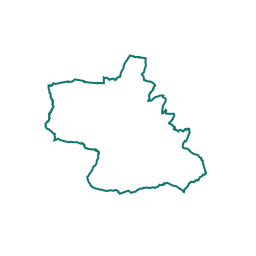 the district of Slatioara, Vâlcea, Romania, rotated 30°
{"feature_id": "2599482B39717534471231", "entity_name": "Slatioara", "entity_type": "district", "adm_level": 2, "iso_a3": "ROU", "parent_name": "Romania", "parent_adm1": "Vâlcea", "projection": "equal_earth", "projection_center": [23.883, 45.127], "detail": "fine", "context": "isolated", "style": "outline", "palette": "teal", "viewbox_px": 256, "rotation_deg": 30, "n_neighbors": 0, "source": "geoboundaries", "source_scale": "gbopen_adm2", "svg_char_len": 5834}
<svg xmlns="http://www.w3.org/2000/svg" viewBox="0 0 256 256"><g transform="rotate(30 128 128)"><path d="M123.8,196.0L124.8,196.4L125.2,196.9L126.2,196.8L127.1,197.2L128.1,196.8L130.7,196.5L132.4,195.8L134.5,195.5L135.4,194.8L138.1,194.2L141.0,193.2L142.3,192.4L143.0,191.4L144.1,190.6L146.7,189.7L148.0,188.4L148.2,187.8L150.7,187.5L151.8,188.0L151.9,188.6L153.9,188.9L154.5,187.9L155.6,187.1L156.7,185.4L158.1,184.1L158.8,182.9L159.6,182.1L160.2,182.0L162.2,182.6L163.3,182.4L163.7,182.2L164.6,180.7L166.5,179.3L166.5,178.9L166.8,177.4L167.9,176.2L168.4,175.1L169.2,174.1L170.7,173.4L171.0,172.9L171.0,172.6L171.3,172.0L172.2,171.6L173.5,170.4L174.2,170.3L175.5,169.5L177.3,169.1L177.6,168.2L178.0,168.0L178.5,167.5L180.2,166.4L180.6,166.6L181.4,166.4L182.3,164.6L183.6,163.6L183.5,162.1L183.8,161.3L184.4,161.3L185.8,160.5L186.2,160.1L186.5,159.2L186.6,159.7L187.0,159.7L187.6,158.1L189.4,155.8L194.8,155.5L196.9,155.1L198.6,154.4L199.7,154.4L202.1,154.5L203.5,154.9L203.8,154.7L205.0,154.5L207.2,155.1L208.2,155.6L208.5,155.6L207.7,153.0L208.8,148.9L208.8,147.3L208.6,146.3L208.7,145.0L209.3,144.3L209.1,143.3L209.8,143.1L210.9,142.3L212.1,141.9L212.1,141.3L212.4,140.9L212.8,140.6L212.7,140.0L212.9,139.6L213.4,138.6L214.7,138.6L215.1,136.7L215.1,136.3L214.8,135.7L214.9,134.4L215.3,133.8L216.1,133.0L216.3,132.0L216.2,131.1L216.4,130.7L217.3,130.6L217.6,130.0L217.7,129.1L218.1,128.8L217.8,127.3L216.9,127.3L215.2,125.4L212.8,123.3L211.0,121.2L209.5,120.1L209.2,118.9L208.9,118.8L208.5,118.9L208.0,118.7L207.6,118.9L207.0,118.3L206.6,117.6L206.2,117.6L206.1,117.3L205.6,117.6L204.3,117.5L202.3,116.4L198.2,117.5L196.7,117.6L194.1,117.3L190.7,116.1L188.7,116.6L187.3,117.3L185.2,117.5L184.5,116.4L183.5,113.7L183.7,110.9L184.8,110.9L184.9,110.6L184.4,105.9L183.6,102.2L183.7,101.0L183.5,100.7L182.8,100.2L181.9,99.3L181.8,98.4L182.0,97.8L181.4,98.4L180.1,98.6L180.0,99.1L179.9,99.1L179.8,100.0L179.5,100.5L178.1,100.2L177.8,101.3L177.7,102.8L177.5,103.4L174.3,103.3L173.0,105.1L173.2,105.7L170.0,105.4L169.8,106.1L168.2,106.1L168.3,104.5L167.7,104.4L167.8,103.8L166.2,103.9L165.0,103.4L164.8,103.1L163.8,103.4L163.3,103.3L161.6,103.6L161.0,103.3L161.2,102.5L161.5,101.9L162.1,99.6L162.0,98.9L162.4,98.0L162.3,97.6L162.0,97.3L161.8,96.4L162.2,94.7L161.2,93.2L160.6,92.7L157.2,94.8L153.5,96.6L153.0,96.3L152.7,95.8L152.5,93.8L151.5,93.5L151.5,94.4L151.8,95.9L150.2,96.4L150.9,97.7L150.2,98.2L148.5,94.9L148.1,93.6L148.1,93.2L147.8,92.9L147.3,91.7L147.2,90.9L147.4,89.9L147.2,89.1L147.1,88.2L147.2,86.8L147.2,86.2L146.5,84.6L146.2,84.1L145.1,83.7L142.6,83.7L142.3,83.2L142.4,82.3L141.7,82.5L140.0,83.5L139.0,84.5L137.8,86.2L137.0,86.7L136.2,87.6L135.4,89.6L135.0,90.8L135.0,91.6L134.6,92.3L133.7,93.2L132.0,94.4L131.8,93.9L131.8,93.4L132.2,92.1L130.2,89.7L129.8,89.0L129.9,88.4L129.6,86.7L129.8,86.4L130.1,86.0L129.9,84.9L129.9,84.6L130.5,83.7L130.6,83.3L130.4,82.5L129.8,81.5L129.9,81.2L130.4,81.1L130.0,80.3L129.8,79.3L130.3,77.5L130.1,77.3L127.7,76.7L127.4,76.7L126.6,76.3L125.1,76.6L124.6,76.4L123.9,76.7L122.0,77.7L121.4,77.7L121.1,78.0L120.4,77.9L120.1,78.1L118.8,78.2L118.2,77.8L117.8,78.3L115.6,75.5L113.4,74.9L113.1,74.5L113.0,73.8L113.7,72.9L113.9,71.6L113.5,70.1L112.9,68.9L112.4,65.1L111.7,64.3L111.4,63.6L110.3,62.6L108.5,58.8L104.6,60.2L102.8,61.3L102.3,60.7L99.2,62.8L97.8,63.4L97.5,63.0L93.4,64.3L93.7,64.8L93.2,66.9L93.3,70.2L92.9,71.4L92.9,74.4L94.3,79.5L94.0,81.8L94.4,83.7L94.5,84.9L95.3,86.4L95.6,87.4L94.9,87.6L94.7,88.5L94.1,89.3L93.4,89.9L93.2,90.6L93.6,91.5L92.9,93.0L91.7,92.4L90.9,92.5L89.5,93.4L89.0,94.3L87.9,94.7L88.0,95.1L87.7,95.2L87.5,95.7L84.6,94.9L83.8,95.6L83.2,96.4L81.8,96.4L84.7,101.3L79.1,104.1L79.2,104.5L67.0,110.1L66.4,109.3L57.7,112.5L57.4,112.9L57.2,114.0L56.4,115.7L53.2,118.1L52.7,117.7L46.5,123.0L43.3,126.1L41.1,126.4L40.9,126.9L41.1,128.5L40.5,129.0L40.7,129.6L40.3,129.9L39.7,129.6L39.5,129.8L39.4,130.5L38.5,130.4L37.9,130.8L38.7,132.3L38.9,132.5L39.8,133.8L41.5,135.3L42.3,136.8L42.7,136.9L43.4,136.8L44.1,137.4L44.2,137.8L44.5,138.3L44.9,138.8L45.2,138.9L45.3,139.4L45.8,139.7L46.0,140.6L47.7,140.8L48.3,141.4L48.3,141.6L48.7,141.8L48.8,142.1L49.2,142.0L49.2,142.5L49.5,142.6L49.6,143.0L49.9,143.0L50.0,143.3L50.5,143.8L50.6,144.2L50.4,144.6L50.9,145.0L50.8,145.4L51.7,146.1L52.0,146.7L52.8,146.9L52.8,147.9L53.1,148.6L52.7,149.3L52.7,149.7L53.0,150.0L53.1,150.7L52.8,151.0L53.1,151.3L53.2,151.9L53.1,152.3L52.9,152.6L53.1,152.8L52.8,153.0L53.1,153.5L52.9,153.7L53.0,153.9L53.0,154.3L52.5,154.9L53.0,155.2L52.9,155.5L53.4,155.7L53.3,156.0L53.5,156.3L53.5,157.0L53.8,157.5L54.4,157.8L54.8,158.1L54.8,158.3L55.1,158.4L55.0,158.7L55.2,158.8L55.0,159.6L55.3,159.8L55.5,160.2L55.7,161.3L55.5,161.6L55.6,161.9L55.4,162.1L55.4,162.3L55.0,162.5L55.1,162.9L54.8,163.2L54.9,164.6L54.5,165.2L54.7,165.6L54.6,165.9L55.6,167.1L55.7,167.9L58.0,169.1L58.9,169.1L60.3,168.6L62.0,169.1L63.0,169.1L65.7,170.0L66.7,169.7L67.8,169.8L67.7,170.8L68.2,171.5L69.0,172.0L69.4,172.6L70.0,173.7L70.3,175.4L70.9,174.7L71.7,174.1L72.1,173.4L72.3,172.6L72.5,172.5L74.2,172.2L75.6,172.3L83.6,170.0L84.4,169.6L84.9,168.8L85.5,168.7L86.0,168.2L88.8,167.2L90.6,165.9L94.4,165.3L95.2,165.0L95.7,164.6L97.0,164.4L96.6,164.1L97.8,164.1L98.0,164.4L98.6,164.5L98.3,164.8L99.7,166.1L100.8,166.6L101.6,166.6L102.3,166.1L103.9,166.1L105.2,165.4L106.1,165.3L106.7,164.8L107.4,164.8L108.3,164.1L109.1,163.6L109.5,163.2L110.2,162.9L111.2,162.7L111.1,163.7L113.3,163.5L113.3,163.1L114.0,163.1L114.5,163.5L114.8,163.5L115.0,163.8L114.9,164.0L115.4,164.2L115.7,164.7L115.6,165.7L115.7,166.6L117.1,168.5L117.2,170.0L117.4,170.4L117.2,171.4L117.4,172.3L118.3,173.9L118.4,174.6L118.3,177.1L117.6,178.3L117.5,179.1L117.5,180.2L118.1,182.4L117.9,183.6L117.9,185.6L117.5,186.8L117.7,189.1L117.4,190.2L117.3,191.0L117.7,191.5L120.4,194.1L122.7,195.3L123.3,195.5L123.8,196.0Z" fill="none" stroke="#0f766e" stroke-width="2"/></g></svg>